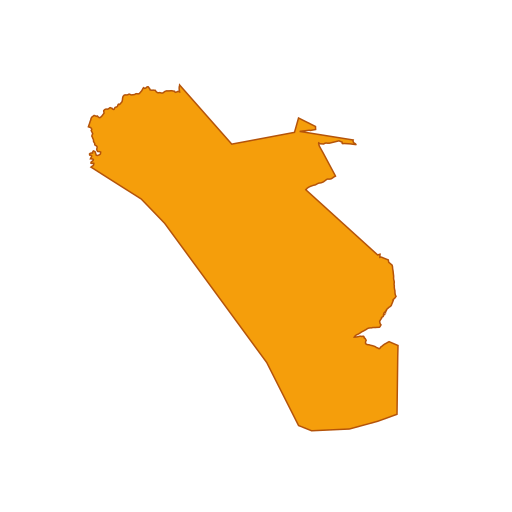 Santo Domingo Petapa, Oaxaca, Mexico, rotated 342°
{"feature_id": "50627088B45073633199756", "entity_name": "Santo Domingo Petapa", "entity_type": "district", "adm_level": 2, "iso_a3": "MEX", "parent_name": "Mexico", "parent_adm1": "Oaxaca", "projection": "mercator", "projection_center": [-95.218, 16.851], "detail": "fine", "context": "isolated", "style": "filled", "palette": "amber", "viewbox_px": 512, "rotation_deg": 342, "n_neighbors": 0, "source": "geoboundaries", "source_scale": "gbopen_adm2", "svg_char_len": 5993}
<svg xmlns="http://www.w3.org/2000/svg" viewBox="0 0 512 512"><g transform="rotate(342 256 256)"><path d="M236.2,69.8L235.9,70.5L235.2,71.5L234.7,72.9L234.4,74.0L234.3,75.1L234.0,76.4L233.7,76.2L233.1,75.4L232.5,75.3L232.0,75.4L231.4,75.5L230.7,75.5L230.1,75.5L229.7,75.1L229.4,74.6L229.4,74.1L228.6,73.8L228.1,73.4L227.6,73.2L227.2,72.9L226.8,72.7L226.1,72.6L225.8,72.4L225.3,72.3L224.6,72.2L222.7,71.6L222.0,71.3L221.5,71.3L219.9,71.4L218.4,72.0L217.7,72.1L217.2,72.1L216.1,71.6L214.9,70.8L214.0,70.7L213.3,70.5L212.8,70.2L212.4,69.7L212.0,69.1L211.8,68.8L211.7,68.4L211.5,67.7L211.4,67.3L210.1,66.8L209.4,66.4L208.5,66.3L207.6,65.9L206.8,65.4L206.6,65.3L206.6,64.0L206.1,62.8L205.9,61.9L205.4,61.6L204.7,61.5L204.2,61.7L203.6,62.0L203.2,62.1L202.9,62.3L201.7,62.1L201.2,61.2L200.5,61.5L199.8,62.2L198.3,63.6L197.4,64.1L196.7,64.6L195.0,65.5L194.1,65.4L193.4,65.1L192.5,64.7L191.7,64.6L190.7,64.9L189.2,64.7L187.3,64.3L186.8,64.0L186.3,63.6L185.9,63.1L185.2,62.8L184.6,62.9L184.1,63.0L183.6,63.0L182.6,62.8L181.9,62.6L181.4,62.3L180.3,62.3L180.1,62.5L179.4,62.8L178.8,63.2L178.7,63.5L178.2,64.1L177.6,65.3L177.4,65.9L176.8,66.9L176.5,67.6L175.6,68.3L174.5,68.9L174.0,69.3L172.9,69.7L172.5,69.2L172.1,69.1L171.2,69.8L170.8,70.5L170.5,70.8L169.5,71.2L168.3,71.1L167.8,71.2L166.9,72.0L166.3,72.7L165.9,72.7L164.9,71.9L164.8,71.1L164.2,70.7L163.6,70.2L163.3,69.9L162.5,69.9L161.9,70.2L161.4,70.4L160.7,70.4L160.0,70.5L159.3,70.1L158.8,69.9L157.4,70.0L156.6,70.4L156.1,70.7L155.9,71.3L155.8,72.1L155.7,72.8L155.6,73.2L152.6,75.3L151.6,75.8L150.9,76.0L150.4,76.2L149.7,76.0L149.2,75.4L148.7,74.6L148.4,73.8L147.8,73.7L147.3,73.8L146.8,73.4L146.5,73.1L146.0,72.6L145.4,72.3L142.5,73.3L141.2,74.8L141.0,75.5L140.3,76.2L139.9,76.7L138.7,78.4L138.3,79.0L137.9,79.4L137.6,79.9L137.2,80.3L137.0,80.8L136.5,81.3L137.4,82.1L138.2,82.5L138.7,83.4L139.0,84.7L138.0,85.8L138.2,86.8L138.4,88.3L138.5,89.2L138.3,89.5L137.8,90.0L137.4,90.4L136.9,91.3L137.1,92.2L137.1,93.4L137.2,93.9L137.3,95.0L137.2,95.9L137.0,96.4L136.9,96.9L137.0,97.6L137.2,98.0L137.4,99.3L137.2,99.6L137.1,100.1L137.1,100.6L137.3,100.9L137.5,101.2L137.8,101.5L138.3,101.9L138.4,102.3L138.6,103.1L138.5,103.6L137.8,104.7L137.6,105.2L137.5,105.4L137.4,106.0L137.5,106.8L137.6,107.3L137.8,107.7L138.2,107.9L139.0,108.2L139.6,108.5L140.4,109.1L140.1,109.9L139.5,110.9L139.0,111.2L138.3,111.3L137.7,111.5L137.0,111.4L136.3,111.5L135.8,111.2L135.2,110.8L135.2,110.2L135.2,108.6L135.3,107.6L135.0,106.8L133.8,105.8L132.7,106.7L132.3,107.6L131.4,107.2L130.1,107.1L129.2,107.5L129.0,108.6L129.8,109.0L130.5,109.6L130.7,110.1L130.4,110.5L129.9,111.1L129.4,111.5L128.6,112.4L129.4,112.7L130.1,113.1L130.8,113.4L131.1,114.1L130.5,114.9L129.4,115.3L128.1,115.8L127.7,116.7L128.2,117.1L129.0,117.4L130.1,117.5L130.4,117.7L130.1,118.3L129.9,118.7L129.6,119.3L129.3,119.6L128.8,119.8L128.0,119.9L126.5,120.5L164.5,166.4L179.2,196.6L233.3,360.7L244.1,430.4L254.9,439.4L291.4,449.4L320.8,450.8L341.2,450.1L359.8,395.2L363.4,385.0L356.1,378.6L354.9,378.8L354.2,378.9L353.5,379.1L352.5,379.3L351.9,379.4L351.2,379.5L350.2,379.8L349.5,380.1L349.0,380.2L348.4,380.5L347.9,380.7L347.5,380.9L346.8,381.0L346.4,381.2L345.4,382.0L345.0,382.2L344.5,382.2L344.0,381.9L343.7,381.4L343.0,380.8L342.3,380.3L341.5,379.2L341.0,378.7L339.1,377.3L337.4,376.3L336.8,375.9L336.3,375.5L335.7,375.2L334.9,374.9L333.6,374.0L333.2,372.6L333.7,371.6L333.9,371.1L334.7,370.3L334.6,369.5L334.3,368.1L333.9,367.8L333.7,367.6L333.8,367.3L333.6,367.0L333.8,366.6L333.7,366.4L333.5,365.6L333.0,365.4L332.3,365.2L331.8,365.3L331.0,364.7L330.0,364.4L328.4,364.3L327.3,364.2L326.4,364.0L325.4,363.8L324.4,363.5L324.7,363.2L325.1,362.9L326.1,362.5L327.1,362.0L328.3,362.0L330.3,361.6L331.2,361.4L333.1,360.8L334.6,360.6L336.2,360.3L337.8,360.0L338.7,359.7L340.1,359.4L341.0,359.4L342.6,359.7L343.8,360.1L344.9,360.1L347.2,360.8L348.1,361.1L349.0,361.2L349.7,361.5L351.4,361.9L352.2,361.4L353.6,360.1L353.3,359.3L353.2,358.8L353.1,358.5L353.2,358.1L353.2,357.5L353.3,357.0L353.4,356.3L354.2,355.6L354.7,355.1L355.4,354.6L356.1,354.2L356.2,353.5L356.5,353.3L357.4,353.0L358.1,352.9L358.7,352.4L358.9,351.9L359.0,351.4L360.0,351.4L359.6,350.8L359.8,350.1L360.1,349.8L360.9,349.3L361.2,349.8L361.4,350.1L361.6,350.1L361.7,349.4L362.0,349.1L362.1,348.8L362.5,348.7L362.5,348.4L363.2,348.1L363.2,347.7L363.8,347.3L364.8,346.6L365.4,346.5L365.9,346.2L366.5,345.9L367.4,345.7L368.0,345.5L369.0,345.1L369.5,344.7L370.1,343.9L370.4,343.5L371.4,342.4L372.0,341.6L372.8,340.7L372.6,340.2L373.7,339.5L374.5,339.2L374.9,339.0L376.7,337.7L376.6,337.0L376.5,335.9L376.6,335.2L376.7,334.4L377.4,331.8L377.5,330.3L377.9,328.2L378.3,327.3L378.6,325.4L379.2,324.2L379.6,322.7L379.7,321.1L379.9,319.9L380.3,318.8L380.7,317.6L381.2,315.0L381.7,312.7L382.0,310.5L382.5,308.4L382.6,307.2L382.6,306.9L382.6,306.7L381.6,305.1L380.3,303.0L380.6,300.6L376.4,297.1L375.4,296.2L374.9,295.9L374.3,295.5L373.4,295.5L374.0,293.8L374.1,293.5L374.4,293.0L374.5,292.6L372.5,292.6L372.0,292.6L323.9,208.5L323.9,208.2L324.4,208.3L324.8,207.9L325.2,207.6L326.0,207.2L328.1,206.7L329.1,206.6L331.7,206.5L332.5,206.5L334.3,206.7L335.0,206.6L336.5,206.3L337.1,206.2L337.8,206.1L338.8,206.2L339.8,206.4L340.9,206.5L342.5,206.4L343.2,206.3L344.0,206.0L344.7,205.7L345.4,205.6L345.8,205.3L346.5,205.2L347.0,205.0L347.7,204.9L348.3,205.1L349.3,205.5L350.2,205.7L351.0,205.8L351.7,205.8L352.3,205.6L353.1,205.4L353.9,205.1L354.6,204.9L356.0,204.7L356.3,204.6L351.7,178.7L350.7,173.7L350.2,170.9L350.2,169.7L350.4,168.1L350.6,167.8L351.7,169.1L353.5,169.8L355.0,170.4L356.2,170.1L357.6,170.2L358.8,170.8L360.8,171.4L366.1,171.8L370.5,172.1L373.1,174.4L372.8,175.6L373.1,175.9L375.0,176.4L380.1,178.4L383.0,179.8L385.4,180.9L385.5,180.8L385.3,180.2L384.9,179.6L384.3,179.0L383.8,178.0L383.8,176.6L383.9,176.2L384.1,176.0L384.3,175.7L336.0,151.0L345.7,152.9L346.2,153.2L346.3,153.4L351.8,154.1L352.6,151.2L339.1,137.9L330.8,150.3L306.7,147.2L280.4,143.8L267.5,142.1L236.2,69.8Z" fill="#f59e0b" stroke="#b45309" stroke-width="1.5"/></g></svg>